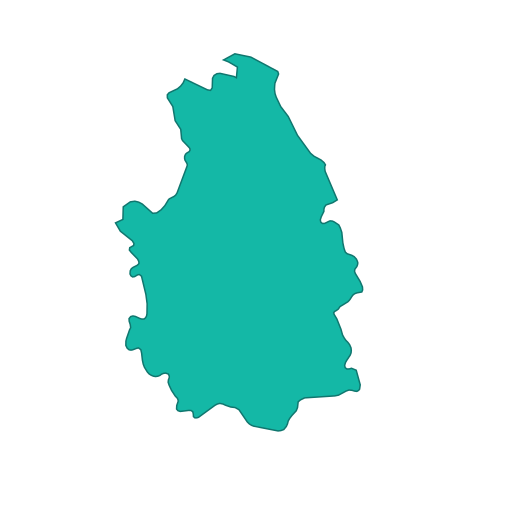 Haute-Marne, Equal Earth projection, rotated 28°
{"feature_id": "FRA-5300", "entity_name": "Haute-Marne", "entity_type": "Metropolitan department", "adm_level": 1, "iso_a3": "FRA", "parent_name": "France", "parent_adm1": "", "projection": "equal_earth", "projection_center": [5.241, 48.141], "detail": "fine", "context": "isolated", "style": "filled", "palette": "teal", "viewbox_px": 512, "rotation_deg": 28, "n_neighbors": 0, "source": "natural_earth", "source_scale": "10m", "svg_char_len": 3364}
<svg xmlns="http://www.w3.org/2000/svg" viewBox="0 0 512 512"><g transform="rotate(28 256 256)"><path d="M158.1,82.8L188.6,82.9L190.5,84.7L191.6,94.6L192.7,97.2L194.1,100.2L196.5,103.6L199.2,106.2L207.7,112.5L219.0,117.7L236.0,130.0L255.9,139.7L260.5,140.7L268.3,140.7L272.2,141.6L274.5,142.9L274.6,143.4L274.6,144.3L275.5,146.3L277.3,148.8L301.4,168.3L298.7,172.9L293.9,178.0L293.5,180.5L293.9,182.6L295.0,184.8L295.2,190.7L295.8,193.9L297.3,195.7L299.3,196.1L301.3,195.0L302.5,193.4L303.7,191.7L304.9,190.2L307.1,189.3L309.2,189.2L314.5,189.7L317.2,191.6L320.7,194.9L326.5,203.6L330.1,207.9L333.0,210.6L335.4,211.2L340.3,210.4L343.0,210.5L346.1,211.6L348.0,213.1L349.0,214.1L349.5,215.2L349.8,216.4L350.0,218.0L349.5,221.3L349.7,221.9L350.3,223.4L351.9,224.8L359.9,229.6L364.5,233.3L366.1,235.9L366.3,238.1L362.4,241.2L360.8,243.0L359.9,245.1L359.6,247.1L359.4,250.0L359.1,251.6L358.6,253.3L353.9,261.3L353.6,264.2L352.6,266.3L351.5,268.0L351.2,269.6L352.4,270.9L356.9,273.6L365.4,280.8L369.4,285.0L372.4,287.0L375.0,288.3L377.6,289.1L380.2,290.3L383.0,292.5L384.5,294.7L385.4,296.9L385.7,299.3L385.1,305.5L385.0,307.9L385.6,310.9L387.1,312.7L389.2,313.1L391.3,312.0L393.0,310.3L398.1,309.8L408.5,320.8L410.0,325.0L409.7,326.5L408.6,328.2L406.4,329.0L403.9,329.5L401.0,330.7L399.0,332.9L394.2,340.1L391.3,342.5L365.6,358.4L362.8,362.2L361.7,365.0L363.8,370.3L364.2,373.8L362.6,379.9L362.0,383.5L361.9,386.6L362.6,389.4L362.8,392.3L362.0,396.2L359.9,398.5L357.6,400.1L334.0,407.3L331.5,407.6L328.9,407.4L326.2,406.6L313.1,399.7L308.7,399.6L304.6,401.2L298.9,402.1L296.4,402.2L293.3,403.1L291.4,404.8L289.9,407.0L282.1,423.1L281.0,425.4L279.8,426.6L278.1,427.6L276.2,427.2L274.7,424.8L273.3,423.2L271.2,422.9L269.1,423.9L262.1,428.8L259.7,429.2L257.7,428.4L256.2,425.2L255.5,420.8L254.7,419.6L253.3,418.5L250.5,417.6L244.5,414.3L240.0,410.9L237.7,408.7L236.8,406.4L236.6,404.4L235.8,402.7L234.1,401.4L231.2,401.8L229.5,403.0L228.0,404.8L227.2,406.6L225.8,408.2L223.9,409.6L221.7,410.3L219.3,410.5L216.9,410.3L214.5,409.4L209.7,406.6L207.2,404.4L204.6,401.3L200.7,395.6L198.3,392.8L195.4,392.3L193.9,393.6L191.1,396.8L189.8,397.8L188.0,398.4L185.6,397.9L183.1,396.1L181.1,392.2L180.4,389.4L179.0,380.3L179.0,378.4L178.9,378.0L177.1,375.5L174.7,373.2L173.3,370.9L173.8,368.3L175.5,366.7L177.9,366.0L182.7,365.7L184.8,365.3L186.8,364.1L187.5,362.3L187.5,360.3L186.8,358.1L182.3,349.3L176.8,341.6L164.4,327.6L161.8,327.1L160.4,328.1L158.5,331.2L156.9,332.4L154.9,332.2L153.2,331.0L151.9,328.1L151.9,325.7L152.9,323.6L155.4,320.1L156.0,318.5L156.1,317.3L155.0,315.8L152.8,314.2L144.1,311.4L141.4,310.2L140.6,307.9L143.0,304.2L142.4,302.3L139.6,300.6L124.6,297.8L116.4,292.7L121.3,286.2L115.7,274.9L119.6,267.2L123.3,264.5L127.2,263.5L131.2,263.5L144.7,266.8L148.1,264.6L150.5,259.9L151.9,254.3L152.3,247.2L152.7,246.1L155.7,241.8L156.5,239.9L156.7,237.4L152.9,208.7L152.3,207.4L151.3,206.5L148.3,204.7L147.1,203.3L146.2,201.5L146.0,199.2L146.5,197.7L148.0,195.2L148.1,193.7L147.4,192.4L146.3,191.7L137.0,188.6L135.2,187.3L130.1,179.5L121.1,174.5L112.4,163.1L103.5,158.0L102.0,155.3L102.6,152.7L108.2,145.2L109.7,141.4L110.4,137.3L110.1,133.1L135.1,132.1L138.1,131.1L138.4,128.1L134.2,119.5L134.2,116.3L135.9,113.4L138.5,111.6L152.4,107.8L155.0,107.8L150.9,97.9L140.6,97.5L135.3,98.1L142.4,87.4L158.1,82.8Z" fill="#14b8a6" stroke="#0f766e" stroke-width="1.5"/></g></svg>